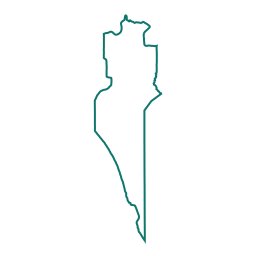 Soutr Nikom, Siemréab, Cambodia
{"feature_id": "14789045B2635302859589", "entity_name": "Soutr Nikom", "entity_type": "district", "adm_level": 2, "iso_a3": "KHM", "parent_name": "Cambodia", "parent_adm1": "Siemréab", "projection": "orthographic", "projection_center": [104.128, 13.174], "detail": "fine", "context": "isolated", "style": "outline", "palette": "teal", "viewbox_px": 256, "rotation_deg": 0, "n_neighbors": 0, "source": "geoboundaries", "source_scale": "gbopen_adm2", "svg_char_len": 5741}
<svg xmlns="http://www.w3.org/2000/svg" viewBox="0 0 256 256"><path d="M103.8,33.9L103.8,34.8L103.9,35.7L103.9,38.0L103.9,39.4L103.9,41.1L103.9,42.9L103.9,44.7L103.9,48.0L103.8,49.0L103.8,50.0L103.9,51.4L103.9,52.5L103.9,53.4L103.8,54.5L103.8,56.2L103.8,57.3L103.8,57.8L104.0,58.2L104.5,58.5L105.4,59.1L105.8,59.4L106.2,59.9L106.3,60.5L106.5,61.7L106.5,63.0L106.5,64.0L106.6,64.9L106.6,65.8L106.7,67.0L106.7,68.1L106.6,70.3L106.6,71.6L106.6,72.9L106.6,74.0L106.6,75.2L106.6,75.7L106.6,76.2L106.7,76.7L107.4,77.0L107.9,77.2L108.8,77.5L109.7,77.6L110.8,77.7L111.3,78.1L111.5,80.0L111.5,81.5L111.4,82.6L111.2,85.1L109.6,86.7L109.0,87.4L108.3,88.1L107.6,88.6L107.0,89.0L106.2,89.4L105.1,89.6L103.7,89.9L102.6,90.3L101.5,90.8L100.6,91.3L100.0,91.8L99.7,92.2L99.2,92.8L98.5,93.8L97.8,94.6L97.2,95.4L96.8,96.3L96.3,97.3L96.1,97.9L95.8,98.5L95.3,99.5L95.1,100.0L94.8,100.5L94.8,101.0L94.8,102.7L94.9,112.4L94.9,126.3L95.0,128.0L94.9,129.1L94.9,130.8L95.1,131.2L95.3,131.5L96.0,132.3L96.5,132.9L97.0,133.5L97.3,134.0L97.7,134.5L98.1,134.9L98.6,135.5L99.1,136.1L99.7,136.9L100.2,137.6L101.1,138.6L101.5,139.1L102.0,139.7L102.4,140.3L102.8,140.8L103.3,141.4L103.8,141.9L104.3,142.4L105.0,143.6L105.6,144.7L105.9,145.0L106.3,145.5L106.6,146.1L107.0,146.7L107.3,147.2L107.8,148.0L108.2,148.5L108.5,149.0L108.8,149.5L109.1,150.0L109.5,150.9L110.0,151.8L110.2,152.0L110.5,152.8L110.8,153.3L111.0,153.6L111.4,154.2L111.8,154.8L112.1,155.1L112.4,155.7L112.8,156.3L113.0,156.8L113.3,157.3L113.6,157.9L113.9,158.5L114.1,159.1L114.4,159.7L114.7,160.3L114.9,160.8L115.2,161.2L115.6,161.9L115.9,162.4L116.1,162.9L116.2,163.3L116.3,163.8L116.5,164.1L117.0,164.9L117.2,165.4L117.5,166.1L117.7,166.7L117.9,167.4L118.1,168.0L118.3,168.8L118.6,169.4L118.7,170.0L118.9,170.5L119.2,171.1L119.5,171.8L119.7,172.4L119.9,173.2L120.1,174.0L120.4,174.8L120.6,175.4L120.9,176.2L121.1,176.8L121.2,177.5L121.3,178.1L121.5,178.6L121.7,179.2L121.8,179.6L122.1,180.2L122.4,180.9L122.6,181.5L122.9,182.1L123.1,182.8L123.2,183.4L123.4,183.9L123.5,184.5L123.6,185.1L123.8,185.8L123.9,186.2L124.1,186.9L124.2,187.3L124.3,187.7L124.5,188.3L124.6,189.1L124.7,189.3L124.8,189.7L124.8,190.3L124.8,190.5L125.0,191.1L125.4,191.8L125.6,192.3L125.9,192.7L126.2,193.2L126.2,193.6L126.1,194.2L126.2,194.6L126.2,194.9L126.2,195.4L126.2,196.1L126.4,196.7L126.7,197.3L126.9,197.5L127.1,197.8L127.4,198.4L127.4,198.7L127.5,199.5L127.6,200.1L127.9,200.9L128.2,201.3L128.8,202.0L129.0,202.4L129.1,202.7L129.7,202.8L130.1,202.8L130.4,203.0L130.6,203.8L130.7,204.5L131.3,204.9L132.3,205.0L133.5,205.2L134.4,205.4L134.7,205.5L135.1,205.8L135.3,206.5L135.6,206.9L135.9,207.7L136.2,208.4L136.3,208.8L136.7,209.6L137.0,210.5L137.3,211.5L137.4,211.8L137.7,212.4L137.8,212.8L138.3,214.1L138.4,214.5L138.6,214.9L138.8,215.5L139.0,216.4L139.0,217.1L138.8,218.1L138.7,218.7L138.5,219.0L137.5,220.5L136.9,221.6L136.7,222.1L136.6,222.7L137.2,224.9L137.5,225.6L137.7,226.5L137.7,227.2L137.6,227.4L137.8,227.7L137.9,228.2L138.3,228.6L138.5,229.2L138.5,230.6L138.9,231.8L139.8,232.8L140.6,234.0L141.1,234.9L141.6,235.7L142.3,236.9L143.1,238.1L143.8,239.2L144.6,240.3L144.8,240.6L144.8,239.4L144.8,233.6L144.7,221.5L144.6,187.1L144.5,172.0L144.4,137.8L144.4,128.6L144.4,110.5L151.3,101.1L161.2,93.8L161.1,93.5L160.9,93.2L160.7,93.2L160.3,93.2L160.1,93.1L159.9,92.8L159.7,92.6L159.4,92.2L159.2,92.0L159.1,91.8L159.0,91.6L158.6,91.3L158.3,91.1L157.9,90.8L157.8,90.5L157.5,90.1L157.3,89.9L157.1,89.7L156.8,89.4L156.4,89.1L156.6,88.1L156.5,87.4L156.3,87.0L156.1,86.7L155.9,86.3L155.8,86.0L155.5,85.6L155.1,85.2L154.6,84.9L154.0,84.7L153.9,84.2L153.8,83.5L153.7,83.3L154.0,83.0L154.4,82.4L154.5,82.0L154.6,81.7L154.5,81.3L154.4,81.0L154.6,80.7L154.9,80.4L155.1,80.2L155.0,79.7L154.9,79.3L154.7,79.0L154.8,78.7L155.1,78.6L155.3,78.4L155.5,78.0L155.6,77.8L155.6,77.6L155.7,77.4L155.8,77.2L156.1,77.0L156.2,76.6L156.1,76.4L155.9,76.2L155.8,75.9L155.9,75.6L156.1,75.3L156.3,75.0L156.2,74.6L156.3,74.2L156.3,73.8L156.1,73.8L155.8,73.6L156.0,73.3L156.2,73.0L156.4,72.7L156.7,72.1L156.7,69.6L156.7,68.7L156.7,67.6L156.7,66.4L156.6,65.2L156.6,64.3L156.7,63.6L156.8,62.9L156.8,62.0L156.8,60.8L156.8,59.4L156.8,56.7L156.8,55.3L156.8,53.8L156.8,52.6L156.7,51.3L156.7,50.0L156.6,48.7L156.6,47.5L156.6,46.2L156.7,45.8L156.3,45.9L155.8,46.0L155.1,46.1L154.5,46.1L153.6,46.0L153.4,45.9L153.0,45.9L152.5,45.9L152.1,45.9L151.8,45.9L151.1,45.8L150.3,45.7L149.6,45.6L148.7,45.5L148.2,45.6L147.4,45.8L146.4,45.9L146.1,45.9L145.6,45.7L145.2,45.5L144.9,45.2L144.6,44.9L144.4,44.5L144.3,43.9L144.3,43.1L144.2,42.3L144.1,41.2L144.0,40.0L144.0,39.1L143.8,36.7L143.7,35.6L143.7,34.6L143.8,33.9L144.3,32.6L144.8,31.9L145.5,31.2L146.3,30.5L147.2,29.7L148.1,28.9L149.0,28.0L149.5,27.4L149.8,26.8L149.7,26.4L149.4,25.9L148.5,25.1L147.4,24.3L146.8,23.9L146.3,23.6L145.5,23.2L144.8,22.8L144.2,22.3L143.3,21.9L142.8,21.9L141.9,22.7L141.1,22.9L140.0,22.8L139.2,22.6L138.4,22.5L136.3,22.3L135.7,22.4L135.2,22.7L134.7,22.9L133.9,22.5L133.2,21.9L132.6,21.7L131.8,21.6L131.3,21.3L130.7,20.8L130.2,20.4L129.7,20.5L129.6,21.0L129.4,21.3L128.9,21.3L128.4,20.9L127.8,20.4L127.1,20.1L126.7,19.8L126.7,19.0L126.8,18.0L126.7,16.9L126.5,16.1L126.2,15.6L125.8,15.4L125.5,15.5L125.3,15.7L125.1,16.2L125.0,16.7L124.9,17.5L124.7,18.6L124.5,19.4L124.2,20.1L123.7,20.5L123.0,20.9L122.6,21.1L122.2,21.6L121.7,21.9L121.3,22.5L121.0,23.3L121.1,24.4L121.3,25.4L121.5,26.4L121.6,27.3L121.6,28.4L121.6,29.1L121.4,30.0L121.2,30.8L120.9,31.6L120.4,32.4L119.8,32.9L118.9,33.7L118.1,34.1L117.2,34.5L116.4,34.7L115.9,34.7L115.3,34.6L114.8,34.3L114.0,33.7L113.3,33.0L112.6,32.4L112.0,32.0L111.2,31.7L110.5,31.8L110.0,31.9L109.3,32.2L108.7,32.5L108.2,32.8L107.6,32.9L106.7,33.0L106.1,33.1L105.3,33.3L104.8,33.5L104.2,33.7L103.8,33.9Z" fill="none" stroke="#0f766e" stroke-width="2"/></svg>